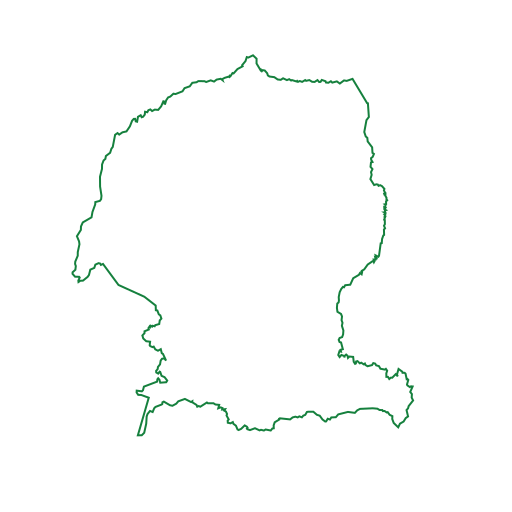 the district of Juína, Mato Grosso, Brazil, rotated 190°
{"feature_id": "56859067B536957101827", "entity_name": "Juína", "entity_type": "district", "adm_level": 2, "iso_a3": "BRA", "parent_name": "Brazil", "parent_adm1": "Mato Grosso", "projection": "equal_earth", "projection_center": [-59.388, -11.492], "detail": "fine", "context": "isolated", "style": "outline", "palette": "green", "viewbox_px": 512, "rotation_deg": 190, "n_neighbors": 0, "source": "geoboundaries", "source_scale": "gbopen_adm2", "svg_char_len": 6073}
<svg xmlns="http://www.w3.org/2000/svg" viewBox="0 0 512 512"><g transform="rotate(190 256 256)"><path d="M139.0,337.7L139.3,339.6L140.2,338.9L140.7,339.7L139.8,340.7L141.4,342.8L141.2,344.4L144.1,346.7L146.0,347.3L147.5,346.4L148.4,347.5L149.9,347.5L152.0,346.4L156.7,351.6L156.2,356.0L157.3,358.6L156.4,361.8L158.7,363.7L159.0,368.1L157.6,368.8L159.3,370.8L159.7,372.3L158.3,373.9L157.6,377.0L159.2,377.8L160.5,383.2L165.9,388.2L166.9,391.7L168.7,392.8L170.9,396.9L170.8,409.0L169.0,412.5L172.3,425.8L173.1,425.8L191.7,447.2L197.1,444.2L199.8,444.2L203.4,440.4L206.7,442.0L211.0,440.0L212.6,441.1L214.8,439.2L217.2,439.0L217.9,440.2L221.8,440.8L222.7,438.7L224.0,438.3L226.0,439.9L228.5,437.6L231.0,437.3L234.0,438.5L237.1,437.2L238.1,437.8L240.8,435.5L243.3,435.9L244.9,434.8L245.9,435.6L246.4,434.9L251.2,435.5L251.9,434.9L254.0,435.9L256.1,434.6L260.2,435.7L262.2,433.8L265.3,433.6L269.0,435.3L273.9,435.1L275.7,435.9L276.7,437.9L279.6,440.2L281.7,440.2L282.3,439.1L283.5,440.4L283.8,439.8L288.9,445.7L289.7,450.4L293.8,453.1L298.0,450.1L299.6,450.3L300.2,446.1L302.8,441.5L302.1,440.5L306.7,436.9L309.8,431.9L310.9,432.1L312.4,428.6L313.2,428.9L313.4,427.6L314.3,427.8L317.8,426.0L320.1,424.2L319.6,423.4L321.5,424.4L325.4,422.9L327.6,420.5L331.1,421.1L335.3,418.7L337.1,419.2L343.2,418.2L344.7,416.8L348.8,415.5L350.7,411.6L355.5,408.9L357.0,405.4L363.4,401.5L365.5,401.5L368.1,398.1L370.1,396.9L371.5,393.7L371.9,390.1L372.5,390.1L372.9,392.2L374.1,392.3L375.4,386.9L377.7,382.9L381.1,382.6L383.5,380.7L385.5,382.0L387.3,380.9L388.0,378.7L390.3,378.8L390.1,375.9L391.4,373.5L392.7,372.8L394.0,374.6L396.4,372.6L396.4,367.6L397.8,367.7L398.9,370.1L400.2,369.8L401.5,367.7L402.7,361.8L405.2,356.2L409.0,354.6L411.8,351.8L413.7,353.0L415.8,350.9L416.0,338.5L417.0,336.6L417.6,332.3L421.2,328.4L421.2,325.5L422.7,323.6L423.5,319.4L422.8,315.0L423.4,307.0L421.6,297.3L418.6,288.4L418.4,285.1L419.3,283.2L423.6,281.2L423.3,278.8L424.7,271.0L424.7,265.5L432.4,259.0L433.5,254.7L433.0,251.3L435.8,244.4L432.8,239.7L431.9,236.9L432.2,228.9L431.6,225.3L433.0,219.1L432.8,216.8L431.7,214.8L431.5,211.1L433.8,208.1L433.6,206.6L430.6,204.2L426.6,204.8L425.9,204.2L426.7,200.9L426.3,199.6L424.8,201.1L422.1,201.7L418.2,206.2L417.2,208.3L416.8,213.8L413.2,216.2L412.7,219.6L409.8,221.6L408.2,221.5L407.2,220.3L405.3,221.6L386.4,203.6L358.9,196.5L346.2,189.8L345.2,185.2L343.7,185.2L341.6,181.7L339.9,180.9L338.3,177.9L339.6,175.9L339.5,172.2L343.2,170.4L343.6,169.2L345.8,169.3L346.1,168.4L347.6,169.0L347.9,167.7L348.5,168.3L349.4,166.3L348.8,165.0L352.7,162.5L352.4,160.6L354.1,158.0L352.7,155.2L349.3,153.0L345.4,153.2L345.2,149.6L344.5,148.9L342.1,148.3L341.0,149.0L339.0,146.6L336.1,145.7L333.6,147.7L331.9,143.9L330.6,143.4L326.4,137.4L328.6,139.2L330.7,138.5L331.7,136.5L331.7,132.6L333.3,129.7L333.2,127.6L334.4,125.5L334.0,124.0L331.9,123.2L330.8,125.4L330.2,125.2L328.2,121.6L325.0,120.8L321.8,117.9L322.5,116.1L328.3,114.6L329.6,117.4L331.1,118.6L331.7,117.5L331.6,115.1L343.7,107.9L344.0,104.2L344.9,102.9L350.1,102.7L349.9,100.9L347.9,98.8L344.9,99.2L337.0,97.8L341.2,58.9L337.4,59.6L335.4,62.5L335.0,71.8L335.8,79.0L335.4,81.5L333.5,85.0L330.7,84.4L329.8,88.4L328.8,89.9L323.2,93.3L322.6,93.9L322.7,95.7L321.5,96.6L314.8,94.1L312.3,94.0L308.9,96.7L307.3,99.4L301.2,102.9L294.6,100.9L293.5,101.9L293.4,100.9L288.7,99.0L287.7,97.4L286.4,98.3L284.7,97.9L278.9,103.2L277.8,102.6L272.3,103.6L270.2,102.7L266.4,103.0L266.7,99.5L264.5,100.8L262.6,100.4L262.7,98.9L259.8,99.8L260.4,98.2L258.6,97.6L257.1,95.4L257.3,93.8L254.5,90.3L255.3,89.0L254.8,86.9L252.0,86.8L250.0,88.4L249.1,86.8L246.3,85.4L244.1,82.0L242.9,81.6L240.6,83.2L237.7,87.2L235.3,86.3L234.5,85.4L235.0,84.4L234.4,83.9L231.7,83.5L227.1,86.2L222.2,84.9L220.9,85.7L217.9,85.5L216.4,86.8L211.2,86.7L209.9,89.0L208.6,89.4L209.2,92.3L208.7,95.5L204.7,99.0L205.0,99.7L204.3,100.3L194.0,101.0L191.9,103.4L189.3,104.6L186.9,104.3L185.5,105.6L182.8,105.1L181.7,107.0L179.9,108.1L178.8,111.2L177.9,111.6L172.5,112.6L168.5,110.2L165.5,109.8L162.2,106.6L159.1,105.0L158.2,105.3L157.1,108.2L154.8,107.8L153.8,110.1L149.4,111.1L147.5,114.3L138.4,118.4L131.4,118.7L129.5,121.6L127.0,123.5L114.6,126.3L109.9,126.7L107.6,125.8L104.8,126.2L104.1,125.3L102.5,125.7L100.1,124.6L99.2,125.1L96.8,122.8L93.9,122.0L93.5,119.1L91.4,115.5L86.2,112.0L85.1,115.9L81.9,118.6L80.4,122.4L78.4,124.4L81.0,130.4L79.8,132.4L79.6,134.7L76.2,141.0L78.1,143.6L78.5,147.1L80.5,148.9L79.1,154.7L80.7,154.6L81.7,153.6L84.5,154.9L85.0,155.7L84.5,160.4L85.5,161.2L86.2,160.8L88.3,166.1L89.4,166.8L91.4,166.4L91.9,167.5L96.0,169.5L96.6,163.8L95.5,162.1L97.9,163.9L100.7,159.8L102.1,159.6L103.4,158.0L105.1,159.9L106.6,159.6L107.3,163.1L106.9,165.8L108.5,167.4L109.3,166.5L113.9,166.6L115.8,168.9L118.7,169.2L119.9,170.7L121.9,170.9L122.8,168.7L127.0,166.8L129.3,167.7L130.1,169.0L131.1,168.0L133.8,169.2L135.1,168.3L137.8,170.1L139.1,169.5L139.0,167.5L139.7,167.0L141.4,168.8L142.8,173.5L146.6,173.2L147.7,171.6L148.6,173.7L150.1,174.6L151.3,173.1L151.3,171.4L151.7,172.8L154.7,173.4L156.1,171.0L157.8,172.8L157.3,176.7L155.7,176.6L156.5,178.3L154.3,179.3L157.2,185.6L158.8,185.8L160.0,187.8L159.4,189.8L157.1,191.1L156.6,193.9L157.0,197.8L159.3,202.2L159.2,205.2L160.6,207.7L160.8,211.4L162.2,213.7L166.1,215.2L167.3,218.9L167.7,223.3L166.6,224.6L166.6,226.6L167.4,229.9L167.3,234.9L166.3,238.4L165.0,240.7L163.9,240.5L163.1,242.7L158.2,244.1L156.4,251.0L151.4,255.3L150.7,257.2L148.8,256.3L148.7,258.7L149.5,259.0L149.3,259.7L147.1,261.6L144.5,267.0L140.2,271.2L139.6,271.5L138.8,270.3L138.3,271.8L139.4,273.0L137.5,273.5L138.4,275.5L137.1,275.2L138.2,277.3L135.4,276.5L134.9,277.6L135.4,290.1L134.4,290.5L134.8,294.6L134.2,298.3L133.5,299.0L134.6,304.3L133.7,305.7L135.2,308.0L134.6,309.7L135.4,313.8L136.1,314.0L135.5,317.2L136.2,317.1L136.1,318.8L136.8,319.3L135.8,320.0L135.9,320.9L137.1,321.3L136.4,321.5L136.9,323.1L136.0,323.7L137.7,324.3L138.0,325.6L137.2,325.0L136.7,326.3L137.5,326.8L137.2,328.8L138.1,329.3L136.9,329.8L137.4,332.3L136.0,334.4L137.2,333.5L137.6,336.0L139.0,337.7Z" fill="none" stroke="#15803d" stroke-width="2"/></g></svg>